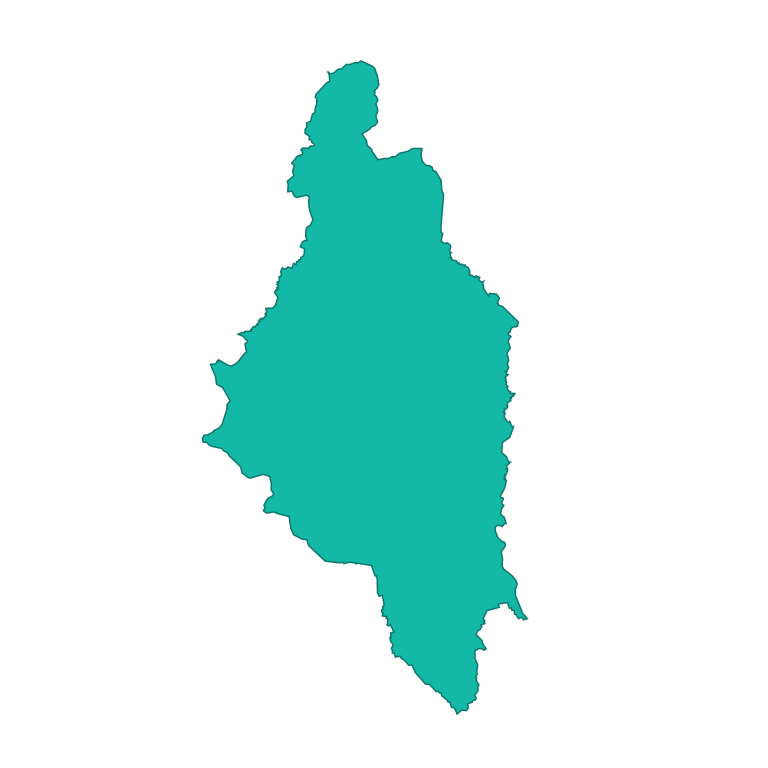 Khanu Woralaksaburi, Kamphaeng Phet, Thailand, rotated 98°
{"feature_id": "78962969B71867994659832", "entity_name": "Khanu Woralaksaburi", "entity_type": "district", "adm_level": 2, "iso_a3": "THA", "parent_name": "Thailand", "parent_adm1": "Kamphaeng Phet", "projection": "robinson", "projection_center": [99.636, 16.012], "detail": "fine", "context": "isolated", "style": "filled", "palette": "teal", "viewbox_px": 768, "rotation_deg": 98, "n_neighbors": 0, "source": "geoboundaries", "source_scale": "gbopen_adm2", "svg_char_len": 6137}
<svg xmlns="http://www.w3.org/2000/svg" viewBox="0 0 768 768"><g transform="rotate(98 384 384)"><path d="M700.7,265.7L696.2,261.7L696.0,257.2L693.1,255.4L689.1,256.6L686.8,252.3L685.5,252.4L684.0,249.6L682.5,248.8L679.7,250.9L674.9,248.3L670.7,248.9L668.8,248.1L664.3,251.7L662.0,251.3L660.8,252.5L658.7,251.2L656.1,252.1L649.0,252.2L643.3,255.6L636.7,256.7L635.1,256.4L632.8,253.1L632.5,249.9L633.7,247.8L632.0,245.9L628.0,249.8L624.4,251.3L619.3,257.9L615.6,257.1L614.0,254.8L610.5,253.4L608.9,254.4L607.2,250.8L605.1,252.4L604.9,251.3L603.7,251.8L602.7,253.2L594.1,250.5L589.1,238.8L586.0,240.3L583.3,231.4L588.5,228.5L587.9,227.1L590.2,225.9L590.2,223.2L593.5,222.9L594.2,220.9L597.6,218.2L595.8,215.1L598.1,213.1L596.4,209.4L591.8,214.8L574.9,224.5L569.0,225.3L563.7,224.3L560.6,225.7L556.0,230.6L551.0,239.2L548.2,241.7L540.6,242.3L533.6,244.6L528.5,241.7L525.8,241.5L524.1,242.5L523.4,245.8L520.1,250.0L513.6,253.6L510.1,253.9L508.4,252.1L507.9,249.2L508.6,247.0L505.4,245.2L505.1,243.6L499.0,246.5L497.7,249.5L496.0,250.5L491.3,250.2L487.6,248.4L486.5,250.4L484.4,250.9L481.2,249.7L480.3,250.6L480.3,252.6L478.4,253.1L470.8,250.2L462.9,249.3L461.5,251.6L461.1,250.4L458.7,252.0L458.0,250.7L457.1,251.6L455.9,250.3L452.3,249.6L450.6,250.0L450.8,251.2L449.8,250.5L448.2,251.3L443.8,247.9L443.7,250.1L439.1,252.4L435.5,258.0L425.3,258.5L419.4,252.1L408.3,249.7L407.6,252.0L403.6,254.2L404.5,254.5L404.5,256.2L400.5,260.0L397.6,260.6L396.4,259.9L395.2,261.8L394.6,260.7L392.5,261.3L391.4,259.2L389.6,258.4L388.4,258.4L388.1,259.3L385.4,259.1L382.9,256.1L381.1,256.7L380.5,255.8L379.7,256.8L377.9,254.1L377.1,255.0L376.4,253.4L375.2,253.1L375.6,257.7L374.0,257.7L373.7,259.3L370.6,261.7L369.4,260.9L367.5,263.2L365.0,263.0L363.7,264.3L362.5,263.6L360.6,265.1L357.6,262.5L357.4,264.2L355.7,264.0L354.7,265.7L354.3,264.2L350.4,262.9L346.8,264.7L343.2,263.8L336.3,266.5L330.8,263.9L324.1,267.2L319.2,264.9L317.8,267.6L316.1,268.0L315.1,266.5L311.8,266.0L309.7,264.4L308.5,259.9L303.8,259.7L290.8,277.4L289.7,282.2L288.5,282.1L288.0,283.2L282.9,281.5L279.3,285.3L279.6,292.1L282.1,292.4L281.4,293.6L276.0,298.3L269.8,300.4L268.6,299.7L269.6,301.7L267.7,304.6L265.1,304.0L264.5,305.8L265.7,308.4L264.3,308.1L265.3,309.7L264.1,312.4L264.6,314.3L263.2,314.1L262.5,315.2L260.5,314.6L256.9,316.8L255.7,320.7L254.9,320.4L255.3,322.9L254.4,323.9L255.0,325.4L254.5,326.9L253.6,326.7L254.3,327.9L251.9,329.4L251.8,333.8L249.7,334.7L249.7,336.1L249.0,335.3L246.7,336.5L244.6,335.8L244.7,336.6L243.0,337.7L239.0,337.0L237.0,337.9L235.3,341.3L236.2,341.8L236.1,345.0L234.1,347.5L226.9,346.7L225.9,348.4L221.5,349.4L188.8,351.3L183.4,353.9L174.4,355.8L166.1,362.6L166.1,364.8L162.7,366.5L161.4,369.4L161.8,371.3L160.9,374.0L158.1,377.0L152.7,379.1L145.5,379.2L146.7,388.0L150.5,393.2L153.3,400.7L157.5,404.5L158.0,408.2L160.1,410.7L160.5,414.6L162.8,421.3L155.0,428.4L153.6,428.7L149.9,434.0L145.6,435.1L139.3,440.6L133.6,433.5L131.3,432.4L129.2,428.9L125.6,426.8L119.8,429.4L115.4,428.2L112.5,428.6L107.7,431.1L103.9,429.6L100.7,431.2L99.1,433.6L96.1,433.5L95.2,434.5L91.5,431.7L88.1,430.8L80.5,433.2L72.8,437.1L70.8,440.1L67.3,451.8L69.7,454.4L69.7,457.1L72.5,462.7L72.7,465.7L77.6,469.6L79.0,473.6L83.3,477.3L84.3,480.3L82.3,483.4L85.2,481.3L91.7,479.9L93.6,482.5L106.6,491.7L109.6,491.9L111.4,490.2L115.3,489.7L122.9,490.6L124.1,489.6L126.9,492.5L133.8,493.2L136.4,497.0L140.3,496.2L142.6,497.5L146.7,497.1L149.4,492.0L152.1,492.4L153.1,489.4L154.9,489.2L156.1,486.4L157.1,486.1L158.3,486.8L158.5,489.8L161.3,492.1L161.4,496.3L162.4,498.2L164.0,498.7L164.4,497.6L167.7,496.4L170.5,501.6L178.3,506.1L180.1,503.1L186.3,504.1L189.3,502.5L191.0,502.8L196.7,508.0L199.9,506.6L207.0,506.1L205.9,501.8L209.9,499.5L211.5,496.8L207.8,486.7L209.2,484.0L214.1,484.1L222.7,481.7L231.4,477.2L237.3,479.2L239.6,482.2L241.9,482.7L248.4,482.2L252.6,480.3L253.0,482.7L255.0,484.5L259.8,486.1L261.2,481.5L266.9,481.1L269.7,482.6L270.1,483.9L272.0,484.1L273.0,485.7L274.5,485.4L274.9,487.6L277.9,487.8L277.2,490.4L282.2,491.2L281.5,495.6L283.0,496.4L283.9,499.0L283.2,500.9L287.0,502.0L290.0,500.8L291.9,501.4L292.3,502.8L296.7,502.2L298.1,503.9L298.6,502.4L300.2,504.0L300.9,502.2L302.8,502.8L303.3,502.1L303.7,503.6L305.4,502.6L306.0,504.1L308.5,505.1L312.8,501.2L321.2,502.4L324.3,504.8L325.6,511.5L329.1,510.3L330.6,510.9L330.8,510.2L331.7,510.2L331.8,511.2L332.8,510.3L336.7,513.3L336.0,514.1L336.4,515.5L338.1,515.9L338.4,517.0L339.2,515.9L341.6,517.5L342.9,517.2L342.6,518.3L345.2,519.5L345.4,521.2L346.6,522.2L348.0,522.4L348.6,523.6L350.2,522.9L351.3,529.0L352.8,529.6L352.6,531.6L355.0,535.4L356.4,529.9L359.2,527.2L359.7,525.5L361.7,525.0L363.5,527.3L371.7,524.5L372.9,526.1L383.4,532.3L386.8,536.5L387.5,538.3L386.9,541.8L383.1,551.0L384.4,550.9L384.1,552.1L387.5,553.5L388.7,558.6L400.0,551.9L407.5,549.8L410.0,543.3L422.0,534.0L426.0,536.4L431.9,536.2L447.0,538.8L450.9,541.6L453.7,545.9L455.9,547.3L459.0,551.4L459.5,554.7L462.8,556.2L466.2,555.4L467.0,554.0L466.3,551.5L468.7,548.8L469.7,545.6L470.3,536.1L472.7,533.0L473.8,529.5L477.0,526.8L485.9,514.5L491.8,512.1L495.7,505.3L495.7,503.3L490.3,491.0L491.4,484.4L498.0,481.7L504.4,481.1L507.7,478.2L510.0,478.6L513.9,483.3L516.9,484.7L520.7,486.0L523.1,484.6L526.3,485.8L528.2,482.2L526.0,475.2L527.2,471.2L528.4,459.6L539.7,456.2L545.9,452.4L548.9,444.0L548.9,438.7L554.3,436.3L567.6,417.6L567.3,403.4L566.4,400.1L567.5,398.7L565.4,394.0L565.3,390.6L565.2,386.9L565.9,386.7L565.2,385.5L565.4,371.2L573.8,366.9L575.4,365.8L575.2,364.6L577.9,363.6L591.5,361.4L594.9,359.3L593.1,356.2L603.0,353.1L604.6,354.4L606.8,353.3L607.6,354.8L610.4,354.3L610.4,353.2L613.9,353.4L613.9,349.3L615.8,349.2L615.6,348.0L617.9,347.3L622.4,347.3L623.0,345.5L621.2,344.1L628.6,339.7L629.6,342.7L634.3,342.0L634.5,342.9L638.4,341.4L640.8,338.5L644.9,339.9L647.2,338.3L649.2,338.4L649.3,336.3L652.8,334.9L651.3,330.1L653.0,329.0L655.2,324.6L659.0,320.4L658.4,317.2L665.5,312.7L675.4,301.1L675.3,297.0L681.4,289.4L680.3,287.5L682.2,286.3L682.2,284.3L684.7,283.4L688.3,277.3L690.1,276.2L689.6,274.4L693.4,273.0L695.0,271.6L694.3,270.7L695.9,268.5L700.7,265.7Z" fill="#14b8a6" stroke="#0f766e" stroke-width="1.5"/></g></svg>